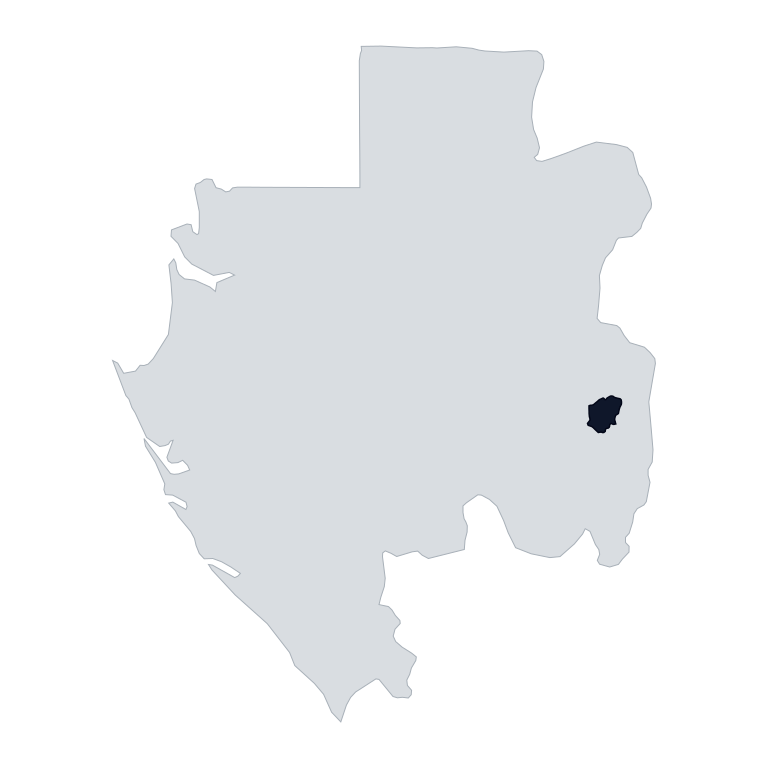 Lèkoni-Lèkori, Haut-Ogooué, Gabon (highlighted)
{"feature_id": "22940354B21912666573849", "entity_name": "Lèkoni-Lèkori", "entity_type": "district", "adm_level": 2, "iso_a3": "GAB", "parent_name": "Gabon", "parent_adm1": "Haut-Ogooué", "projection": "natural_earth1", "projection_center": [13.947, -1.086], "detail": "fine", "context": "in_parent", "style": "filled", "palette": "ink", "viewbox_px": 768, "rotation_deg": 0, "n_neighbors": 0, "source": "geoboundaries", "source_scale": "gbopen_adm2", "svg_char_len": 4373}
<svg xmlns="http://www.w3.org/2000/svg" viewBox="0 0 768 768"><path d="M543.9,61.4L543.4,69.0L536.0,87.6L532.5,101.9L531.6,117.2L533.6,129.5L537.2,138.2L539.5,147.8L537.7,154.4L534.2,157.3L536.6,160.6L542.0,161.4L551.3,158.5L565.5,153.4L584.0,146.1L596.3,142.1L616.5,144.6L627.2,147.4L632.8,152.5L638.7,174.5L641.7,177.8L646.5,187.1L650.6,198.3L651.5,204.0L651.0,208.1L646.9,214.2L642.3,223.1L640.7,228.4L636.8,232.4L631.9,236.4L618.5,238.0L616.4,240.3L612.6,249.8L605.5,257.8L602.3,265.4L599.4,275.5L600.0,288.1L598.5,306.2L597.1,318.4L600.7,322.6L616.8,325.6L619.9,328.1L624.2,335.6L629.7,342.7L644.4,347.2L650.1,352.6L654.8,358.6L655.4,363.5L652.0,383.1L648.8,401.9L650.1,416.2L651.3,429.9L653.0,449.9L652.2,462.0L648.1,469.4L648.1,475.3L650.0,482.3L646.3,501.7L643.9,505.0L637.3,508.6L633.9,513.8L632.7,522.0L629.2,533.2L625.5,537.3L625.5,542.5L629.1,546.3L629.0,552.1L622.4,559.1L618.4,564.4L609.7,567.0L599.6,564.2L597.3,560.4L599.7,554.3L598.8,549.5L595.4,544.5L590.0,531.4L585.2,528.7L582.6,534.0L574.4,543.9L560.0,556.6L549.9,557.6L531.2,553.8L515.6,547.7L508.2,532.8L503.6,520.5L496.9,506.2L489.4,499.4L481.4,495.1L477.8,494.8L466.4,502.8L463.0,505.9L463.0,512.6L464.1,518.8L465.8,521.8L467.3,525.8L467.1,532.0L465.0,540.3L464.3,549.5L428.4,558.5L422.2,555.2L417.7,551.1L412.3,551.8L396.7,556.5L391.0,553.3L385.3,550.9L382.7,552.9L382.5,556.8L385.2,578.3L384.3,586.6L380.8,597.3L379.0,604.6L388.5,606.6L392.0,610.0L395.3,615.4L399.9,620.5L400.2,623.5L395.0,629.2L393.2,636.1L395.7,641.6L402.2,647.2L411.6,653.1L416.3,656.9L415.8,660.5L411.4,668.0L409.7,674.3L406.8,680.1L407.4,685.4L411.6,690.3L411.2,694.7L408.3,698.0L402.4,697.3L397.4,697.8L393.0,696.5L379.0,679.4L375.9,678.9L355.6,692.0L350.6,697.4L346.4,705.1L340.8,721.9L331.6,712.2L323.6,694.3L314.3,683.3L294.8,665.6L289.6,652.5L267.3,623.7L235.2,595.0L212.0,570.0L208.5,564.5L212.4,565.1L234.7,577.6L237.8,576.2L240.4,573.4L230.7,566.9L221.5,561.7L212.8,558.5L204.2,558.8L199.3,553.5L196.1,545.5L194.5,538.6L190.7,531.4L178.4,516.6L175.4,510.9L168.7,503.1L172.8,502.1L185.9,509.5L187.1,506.6L186.0,502.2L172.7,495.1L165.5,494.6L163.9,489.7L164.8,483.9L155.4,462.3L145.5,446.2L144.0,438.5L170.5,473.6L174.1,474.3L178.7,473.9L189.7,470.0L187.6,465.3L182.7,460.3L177.9,462.6L171.6,463.1L168.3,461.0L166.9,457.3L173.1,440.3L170.4,441.1L168.4,444.2L165.0,445.6L159.7,446.5L146.6,437.4L135.1,412.7L132.0,407.7L128.9,399.1L125.9,395.6L112.6,360.5L117.7,363.1L123.7,373.3L135.5,371.1L140.1,365.3L144.1,365.5L148.2,364.1L153.3,358.6L168.4,334.5L172.4,302.6L171.1,283.7L168.9,264.9L173.8,258.9L175.8,262.9L176.8,269.6L179.1,274.5L184.5,278.9L194.5,280.1L209.9,287.0L215.4,291.5L216.9,282.6L234.6,275.1L229.2,272.4L213.5,275.4L191.8,264.1L184.7,256.9L178.0,243.4L171.0,236.3L171.5,229.9L187.0,224.0L191.1,224.7L192.8,231.7L197.0,234.6L198.6,233.6L199.3,227.6L199.3,211.6L194.6,188.5L196.0,184.1L200.3,182.5L204.1,179.5L206.7,178.9L212.0,179.5L214.6,184.8L216.0,187.7L221.3,189.1L225.7,191.9L229.5,191.2L232.6,187.9L237.1,187.2L251.3,187.2L264.1,187.3L289.6,187.4L315.2,187.5L340.7,187.6L359.9,187.6L359.9,174.5L359.8,154.2L359.6,130.2L359.5,107.2L359.4,85.9L359.3,60.7L360.4,53.5L361.6,50.5L361.2,46.4L381.0,46.1L416.7,47.9L432.4,47.7L436.8,48.0L456.3,46.8L472.1,48.3L478.9,50.1L484.9,51.0L503.9,52.1L528.6,50.7L537.0,51.1L541.7,54.6L543.9,61.4Z" fill="#d9dde1" stroke="#a8b0b8" stroke-width="1"/><path d="M618.4,413.4L618.8,411.3L619.3,409.0L620.0,407.0L621.3,404.5L621.5,403.2L621.5,401.8L621.2,399.9L620.3,398.9L619.4,398.6L617.8,398.3L615.1,397.6L613.8,396.9L612.9,396.2L611.5,396.0L610.5,396.1L609.5,396.6L608.3,397.3L606.9,398.2L606.2,399.3L605.5,399.7L604.7,399.5L604.1,398.6L603.1,398.0L600.7,399.1L599.3,399.7L597.2,401.6L595.6,402.9L593.6,404.6L592.2,405.2L590.2,405.3L589.0,405.8L589.0,408.9L589.1,411.2L589.1,413.4L589.3,415.7L589.4,416.8L589.8,418.1L590.0,419.2L589.9,420.2L589.3,421.1L588.5,422.1L587.5,423.4L588.1,425.2L589.0,425.6L590.6,426.1L591.9,426.6L593.2,427.6L594.9,429.3L596.8,431.1L598.3,432.5L599.9,432.2L601.3,432.1L602.6,432.6L603.8,432.5L605.2,431.4L605.4,429.8L605.7,428.9L606.8,428.3L608.2,428.1L609.1,427.4L609.6,426.2L609.7,424.7L610.6,423.7L611.6,423.6L612.6,424.1L613.0,424.3L613.8,424.4L615.2,424.1L615.8,423.9L615.6,423.5L615.2,421.6L614.7,420.0L614.7,418.7L615.0,417.4L615.4,416.1L615.8,415.2L618.0,413.8L618.4,413.4Z" fill="#0f172a" stroke="#020617" stroke-width="1.5"/></svg>